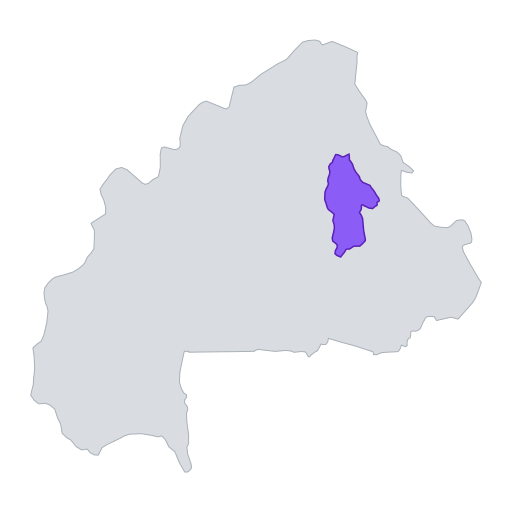 Gnagna highlighted on a map of Burkina Faso
{"feature_id": "BFA-2874", "entity_name": "Gnagna", "entity_type": "Province", "adm_level": 1, "iso_a3": "BFA", "parent_name": "Burkina Faso", "parent_adm1": "", "projection": "equal_earth", "projection_center": [0.073, 12.904], "detail": "fine", "context": "in_parent", "style": "filled", "palette": "violet", "viewbox_px": 512, "rotation_deg": 0, "n_neighbors": 0, "source": "natural_earth", "source_scale": "10m", "svg_char_len": 4382}
<svg xmlns="http://www.w3.org/2000/svg" viewBox="0 0 512 512"><path d="M396.7,351.7L382.1,352.5L376.7,354.6L373.5,354.6L373.4,352.8L373.0,351.8L354.5,345.8L341.6,342.3L328.4,338.4L327.7,342.1L325.8,344.4L322.9,344.6L321.0,344.0L319.6,346.9L317.5,350.6L314.4,352.4L311.4,354.7L309.8,356.7L308.5,356.8L305.5,352.0L301.5,351.5L294.1,352.3L290.7,351.0L286.1,350.4L275.3,351.4L258.0,349.4L255.1,350.5L254.4,351.3L237.3,351.6L218.4,351.8L202.6,352.0L188.8,352.2L188.8,351.4L184.4,351.3L183.9,352.9L179.9,372.0L179.4,382.4L181.5,388.9L183.8,393.0L186.4,394.7L186.7,397.0L184.6,400.0L184.7,403.1L187.2,406.3L187.8,409.6L186.5,413.1L186.8,421.5L188.6,434.8L188.6,443.4L186.9,447.4L187.7,454.1L191.0,463.7L191.6,467.7L190.4,469.6L187.6,472.0L184.7,472.0L181.4,466.2L179.9,463.6L177.3,457.8L175.0,451.9L171.9,449.3L168.9,446.9L165.2,439.4L161.6,435.9L157.9,436.9L152.3,435.5L141.2,433.7L129.3,434.2L124.3,435.9L119.4,438.6L107.0,444.6L102.1,447.6L98.3,455.1L94.1,454.9L89.9,452.5L87.3,449.1L81.6,449.9L76.1,446.6L70.9,440.1L67.0,437.9L62.1,433.2L60.7,424.3L57.6,418.0L54.8,409.3L50.5,405.4L45.6,403.3L38.7,403.8L34.2,400.3L30.7,395.2L31.7,390.8L33.3,384.5L33.6,378.5L34.7,368.7L34.1,356.4L32.9,347.9L36.7,344.4L41.1,341.2L43.8,335.4L46.8,322.4L48.0,311.1L47.2,307.0L45.7,303.7L44.6,298.8L44.0,292.9L44.8,287.8L48.2,283.0L52.3,279.0L55.3,277.1L63.1,275.1L72.8,272.1L78.4,268.8L82.5,265.4L84.8,262.8L87.2,257.3L91.0,253.1L93.9,248.8L94.4,236.9L94.4,230.1L92.3,226.4L91.1,223.2L105.6,213.9L105.7,207.4L103.8,200.1L101.0,194.2L100.0,189.1L104.0,183.1L107.5,178.6L110.1,174.8L115.8,169.0L121.7,167.5L127.0,169.7L142.7,183.4L145.4,184.3L148.7,183.2L152.9,179.6L158.3,176.8L160.3,167.6L160.2,154.1L161.4,148.0L164.3,146.9L173.3,149.4L175.7,149.6L178.3,148.7L180.2,146.4L180.2,142.0L179.8,138.2L182.8,125.7L188.2,116.3L199.1,104.6L202.5,102.3L206.4,101.1L225.9,109.1L229.1,107.1L233.9,87.2L239.2,85.3L245.5,85.0L249.6,83.2L251.8,81.8L261.0,74.3L277.4,64.0L286.2,59.6L287.9,57.9L294.2,50.6L302.5,42.2L307.8,40.6L315.2,40.0L319.8,41.3L321.1,43.7L322.6,44.9L332.2,41.4L345.9,47.0L357.8,52.6L357.0,56.1L357.0,62.4L356.0,72.3L354.8,84.1L359.7,91.8L365.6,100.0L367.1,103.2L365.6,111.4L366.7,116.1L369.8,124.1L375.1,134.2L380.5,144.5L384.3,145.9L387.8,146.7L390.0,148.6L393.2,150.4L396.4,151.6L399.1,153.9L400.9,156.1L403.2,162.5L409.3,166.7L413.6,170.9L411.9,173.0L406.5,172.2L401.5,170.4L400.9,173.4L400.7,185.2L401.5,195.0L402.7,196.3L407.7,198.1L419.7,210.8L430.6,222.9L434.3,226.0L440.3,227.2L447.1,227.7L450.0,226.6L456.5,220.5L460.0,219.9L463.2,220.0L464.9,221.0L468.1,226.0L471.0,233.4L471.9,239.0L471.6,241.9L470.6,243.1L465.3,244.5L463.0,245.6L462.4,247.2L463.2,251.0L464.3,253.4L470.2,264.2L478.7,278.7L481.3,282.5L479.8,286.8L475.5,298.2L472.3,303.0L458.1,319.1L451.1,317.2L436.5,320.5L434.3,316.8L430.9,316.3L426.6,316.9L425.1,318.3L424.6,319.9L423.1,322.1L420.4,328.5L418.3,330.2L415.7,331.2L412.5,331.0L410.7,331.9L410.7,335.0L410.1,337.8L407.9,339.2L407.0,342.3L407.2,345.3L405.9,346.7L403.2,345.9L401.5,345.1L400.0,349.0L398.1,351.7L396.7,351.7Z" fill="#d9dde1" stroke="#a8b0b8" stroke-width="1"/><path d="M340.7,257.0L336.8,255.4L335.0,253.7L335.4,250.6L337.1,247.6L337.2,244.9L335.1,242.9L332.8,241.2L332.2,238.1L333.7,231.8L334.3,228.4L334.3,225.5L333.6,222.7L333.1,221.5L332.9,220.4L334.2,214.4L332.0,212.3L329.5,210.4L328.2,209.3L327.2,207.3L326.4,204.7L326.1,203.4L325.1,200.9L324.7,198.9L325.0,192.2L326.3,188.6L327.9,185.8L328.4,183.6L327.7,180.8L328.2,177.8L329.6,174.0L329.8,171.0L329.0,169.0L328.8,166.5L330.4,163.8L332.4,162.2L332.9,160.9L332.7,160.3L333.6,159.1L334.8,156.4L335.7,154.6L337.7,154.7L340.1,155.7L342.2,156.9L344.6,156.4L346.3,155.4L349.0,154.1L349.2,155.4L349.4,158.0L349.4,160.1L350.5,161.1L352.4,164.0L354.0,168.8L355.9,172.2L359.4,176.6L360.1,179.4L362.6,182.3L370.0,185.4L371.2,187.5L372.9,189.5L374.4,191.6L376.4,195.1L378.6,198.1L379.3,200.3L378.8,201.5L378.1,201.7L377.8,201.8L377.2,202.1L377.0,202.7L377.0,203.5L377.2,204.8L376.6,205.7L375.5,206.1L374.6,206.8L373.6,207.8L372.4,208.6L371.0,208.3L369.5,208.2L367.8,207.5L366.0,206.5L364.6,206.2L363.4,205.1L361.8,204.9L361.3,205.8L361.5,207.4L361.1,209.7L359.9,211.6L359.5,212.7L361.0,214.7L362.6,218.5L363.7,231.0L365.3,238.9L365.3,240.7L362.2,244.0L359.8,246.1L353.8,246.2L349.4,249.1L347.6,248.9L346.0,249.5L344.5,252.2L341.2,256.2L340.7,257.0Z" fill="#8b5cf6" stroke="#5b21b6" stroke-width="1.5"/></svg>